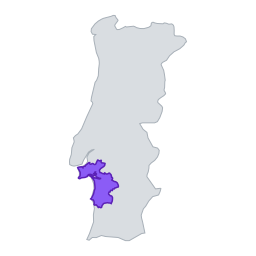 Setúbal on a map of Portugal (Robinson projection)
{"feature_id": "PRT-5498", "entity_name": "Setúbal", "entity_type": "District", "adm_level": 1, "iso_a3": "PRT", "parent_name": "Portugal", "parent_adm1": "", "projection": "robinson", "projection_center": [-8.638, 38.295], "detail": "fine", "context": "in_parent", "style": "filled", "palette": "violet", "viewbox_px": 256, "rotation_deg": 0, "n_neighbors": 0, "source": "natural_earth", "source_scale": "10m", "svg_char_len": 5439}
<svg xmlns="http://www.w3.org/2000/svg" viewBox="0 0 256 256"><path d="M95.0,23.9L98.4,21.0L101.7,19.1L103.5,18.3L111.2,16.3L113.2,15.4L115.1,15.5L115.4,16.5L116.5,18.3L117.7,19.6L118.0,20.6L115.1,24.5L114.7,25.9L116.2,28.5L116.5,29.2L117.3,29.6L119.3,29.5L123.0,27.8L125.5,26.4L126.4,27.0L133.6,26.2L135.3,26.9L136.5,27.6L140.0,28.5L143.9,28.6L148.7,27.3L150.8,25.9L151.2,24.4L151.3,23.3L151.9,22.6L153.0,22.2L154.7,22.9L157.2,23.5L163.0,23.8L164.2,22.9L166.2,23.2L168.8,24.2L171.8,23.9L173.4,25.2L174.0,26.9L174.2,30.6L174.1,34.3L174.7,35.7L176.7,36.0L180.0,36.0L183.0,37.0L185.4,38.8L186.1,40.6L186.5,41.8L185.4,42.5L183.8,45.2L179.8,48.7L174.0,51.8L169.6,55.7L166.5,60.3L162.7,62.3L161.6,63.4L161.1,64.7L163.7,70.4L164.5,74.8L165.2,80.2L164.8,81.7L164.6,87.6L164.1,89.4L164.2,90.8L165.2,92.3L165.6,93.8L163.9,95.6L160.7,97.7L158.3,99.6L157.7,101.4L157.8,102.5L161.9,106.3L162.6,107.8L162.1,111.5L159.8,117.6L157.6,121.3L157.3,121.7L154.7,122.8L142.6,122.8L139.7,123.6L140.1,124.4L143.0,129.2L146.0,131.7L146.9,132.3L148.0,137.9L152.9,146.8L157.6,148.1L159.2,150.3L158.9,153.4L157.5,156.9L154.7,160.4L151.3,162.9L149.0,165.4L148.9,168.2L148.2,171.9L147.1,174.7L146.9,176.7L155.5,188.9L160.3,188.3L160.9,188.6L160.1,191.5L158.6,194.9L156.8,195.5L152.7,196.6L148.8,201.0L145.7,206.2L143.4,208.8L141.2,215.1L141.5,217.8L142.6,222.0L144.9,233.0L141.7,233.5L129.3,240.6L125.4,240.6L118.2,237.5L105.6,236.5L101.4,235.5L96.3,237.6L92.3,237.5L89.1,240.2L86.8,239.5L89.5,233.6L93.6,221.9L93.4,214.8L94.4,208.6L93.3,202.5L91.2,198.7L94.0,188.7L93.7,183.6L91.2,177.2L98.9,178.1L96.5,175.6L94.1,174.0L91.9,174.4L89.9,174.3L83.4,176.8L80.1,177.5L79.1,177.1L79.5,173.1L77.8,167.9L80.4,166.5L83.5,166.1L86.1,163.9L87.7,161.5L86.9,157.1L89.1,152.9L94.4,149.3L91.7,149.9L88.5,152.1L83.6,160.1L82.0,164.1L77.7,165.4L74.0,166.1L72.0,165.7L69.7,164.6L69.5,161.7L69.7,159.3L71.3,154.5L71.9,147.8L74.2,141.9L74.0,140.3L73.4,137.9L75.4,135.6L77.8,134.0L81.6,128.9L86.8,116.6L92.8,103.7L92.3,102.1L91.0,100.9L91.5,97.4L95.1,82.3L96.6,80.3L98.3,75.9L98.7,68.7L99.3,63.8L99.2,61.3L98.7,58.3L96.4,52.6L94.0,40.6L93.8,36.6L95.8,34.5L92.5,34.2L91.1,31.6L91.4,28.7L95.0,23.9Z" fill="#d9dde1" stroke="#a8b0b8" stroke-width="1"/><path d="M94.0,204.5L94.2,203.7L94.1,202.2L93.9,201.2L93.3,200.0L92.1,199.8L90.6,198.9L90.8,198.6L91.1,198.4L91.3,198.3L91.6,198.0L93.5,194.1L94.2,191.0L95.0,188.6L94.9,186.2L94.6,183.4L94.3,181.0L93.3,179.3L92.4,178.3L91.3,177.0L89.9,176.0L88.9,175.6L89.5,175.1L90.3,175.4L91.7,176.5L93.3,177.1L94.1,177.5L94.1,178.1L95.7,178.0L99.3,179.0L101.1,178.4L100.0,178.3L99.1,178.1L96.4,176.9L96.1,176.6L95.9,176.0L95.8,175.3L95.9,174.8L96.1,174.4L96.4,174.2L96.4,173.8L95.9,173.6L95.5,173.1L95.4,172.5L95.6,172.0L95.1,171.9L94.4,173.3L93.6,173.6L93.6,173.8L94.4,173.9L94.8,174.6L94.8,175.3L94.5,175.6L93.6,175.6L92.9,175.4L91.7,174.7L90.3,174.3L88.5,174.6L86.9,176.4L87.1,176.6L85.1,177.4L81.6,177.8L80.8,178.1L80.2,178.5L79.6,178.7L78.7,178.4L78.4,178.1L78.4,177.8L78.5,177.6L78.6,177.4L78.9,177.1L80.0,176.0L80.2,174.6L80.2,172.5L79.3,170.5L78.2,168.8L77.7,167.5L78.4,167.2L80.1,167.0L81.6,166.8L82.4,167.3L82.7,167.8L83.0,167.8L82.7,166.9L83.3,166.6L84.4,166.3L85.0,166.3L85.0,166.0L85.5,165.4L86.1,164.8L87.1,164.1L88.4,163.0L88.6,162.9L88.8,162.7L89.3,162.6L89.7,162.6L89.6,163.1L89.8,163.8L90.1,164.1L90.4,164.2L90.9,164.2L91.6,163.9L92.0,163.7L92.6,163.5L93.0,163.6L93.3,163.7L93.6,164.1L94.6,164.5L94.9,164.5L95.5,164.3L96.0,163.6L96.1,163.3L96.6,162.1L97.6,160.1L97.9,160.0L98.1,160.1L98.3,160.3L98.8,160.6L99.8,160.9L100.4,160.5L101.1,160.3L101.3,160.6L101.2,160.9L101.2,161.2L101.1,161.6L101.1,162.0L101.2,162.3L101.6,162.8L102.0,162.9L102.3,162.9L103.3,163.0L104.8,163.3L105.0,163.4L105.1,163.9L104.7,164.6L104.7,164.9L104.7,165.4L104.4,165.8L103.8,166.5L100.8,168.5L99.5,170.1L99.5,170.5L99.5,170.9L99.6,171.2L99.7,171.5L100.0,172.6L101.0,172.7L102.4,173.5L103.5,173.7L104.4,174.0L104.6,173.8L104.6,173.6L104.6,173.3L104.5,173.1L104.6,172.9L105.0,173.0L105.4,173.4L105.6,173.6L105.9,173.8L106.3,174.0L107.4,173.9L107.9,173.8L108.7,173.2L109.4,173.1L109.7,173.2L110.4,174.1L110.9,174.5L111.1,174.8L111.1,175.0L111.6,176.5L111.5,176.9L111.5,177.1L111.7,177.4L112.2,177.6L112.4,177.8L112.6,178.1L112.5,178.9L111.9,179.9L111.9,180.2L112.1,180.3L112.9,180.6L113.4,181.0L114.2,181.4L114.5,181.5L114.8,181.6L115.2,181.6L115.8,181.8L117.2,182.8L118.1,184.7L118.4,185.8L118.4,186.2L118.4,186.5L118.2,187.0L116.9,187.3L116.3,187.6L115.0,188.0L114.7,188.1L114.6,188.6L114.3,188.9L113.0,188.9L112.8,189.1L112.7,189.3L112.6,189.7L112.4,190.5L112.1,190.6L111.8,190.5L111.6,190.3L111.2,190.2L110.7,190.4L110.5,190.5L110.4,190.7L110.4,190.9L110.4,191.1L110.3,191.4L110.2,191.8L109.9,192.1L109.6,192.0L109.4,191.9L109.1,192.0L108.9,192.4L108.8,192.7L108.7,192.9L108.7,193.2L108.6,193.5L108.6,194.0L108.8,194.4L109.5,194.9L110.1,195.6L110.5,195.8L110.9,195.9L111.4,195.9L111.9,196.3L112.1,196.7L112.5,197.6L112.5,198.9L112.3,200.9L111.9,202.0L111.7,202.4L111.2,203.6L110.1,203.0L109.0,203.0L107.4,202.7L104.2,203.3L103.6,203.6L103.2,203.9L103.1,204.2L103.0,204.5L102.3,205.2L102.1,205.5L101.8,206.5L101.8,206.8L101.7,207.1L101.5,207.4L100.9,207.7L100.5,207.6L99.9,207.4L99.6,207.2L99.3,207.0L99.0,206.9L98.8,207.1L98.7,207.3L98.5,207.5L98.3,207.5L98.1,207.3L97.8,206.7L96.9,205.6L96.7,205.4L96.5,205.0L95.8,204.8L95.6,204.9L95.3,205.1L95.0,205.2L94.8,205.2L94.6,205.1L94.4,204.8L94.0,204.5Z" fill="#8b5cf6" stroke="#5b21b6" stroke-width="1.5"/></svg>